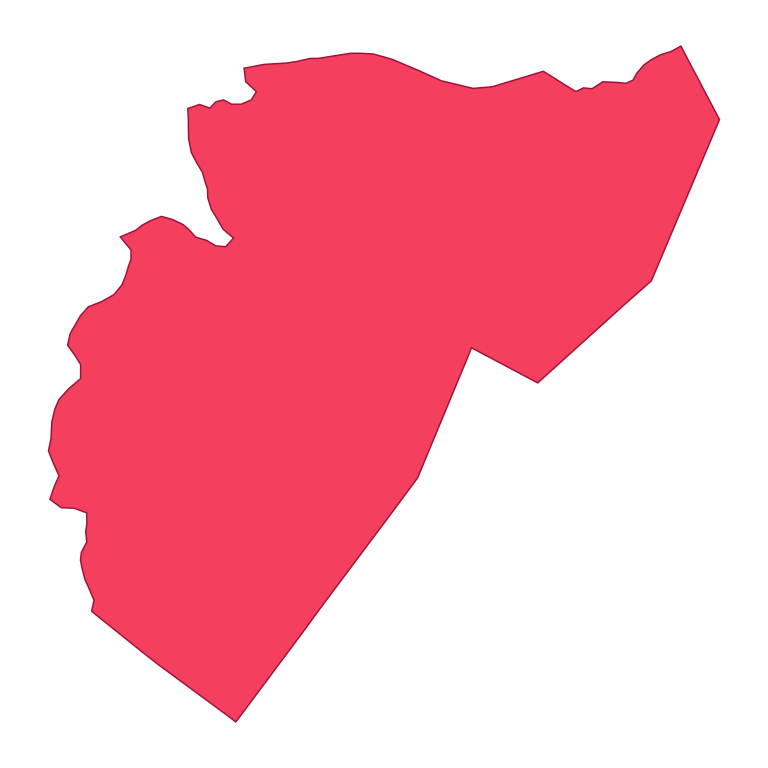 Caraúbas do Piauí, Piauí, Brazil (Albers equal-area conic projection)
{"feature_id": "56859067B66346161211565", "entity_name": "Caraúbas do Piauí", "entity_type": "district", "adm_level": 2, "iso_a3": "BRA", "parent_name": "Brazil", "parent_adm1": "Piauí", "projection": "albers", "projection_center": [-41.857, -3.587], "detail": "fine", "context": "isolated", "style": "filled", "palette": "rose", "viewbox_px": 768, "rotation_deg": 0, "n_neighbors": 0, "source": "geoboundaries", "source_scale": "gbopen_adm2", "svg_char_len": 1495}
<svg xmlns="http://www.w3.org/2000/svg" viewBox="0 0 768 768"><path d="M543.4,71.3L492.1,86.8L473.1,88.4L441.3,80.8L420.4,71.3L392.3,59.4L373.4,54.0L360.8,53.3L350.5,53.3L318.2,58.4L310.3,58.4L297.4,61.4L286.0,63.1L264.3,64.4L244.1,68.2L245.7,81.7L256.3,91.6L251.3,99.9L241.3,104.2L231.5,104.2L223.6,99.9L216.1,101.7L209.8,108.1L199.5,104.5L187.8,108.5L188.4,119.9L188.4,127.4L188.6,138.5L191.4,152.7L196.4,162.2L202.3,172.1L205.2,182.1L207.5,189.0L207.8,197.8L211.3,209.2L216.9,218.4L223.2,229.3L233.5,238.1L225.6,246.7L215.8,245.9L206.7,240.4L195.7,237.2L188.6,229.3L183.1,224.6L172.5,219.5L161.4,216.4L150.4,220.7L142.5,225.0L135.8,230.2L120.3,236.9L125.0,242.7L131.0,249.9L131.0,259.3L128.5,266.1L125.9,275.2L121.9,285.0L114.0,294.6L101.4,301.7L88.5,306.7L80.6,315.5L74.3,326.4L70.3,333.2L67.6,345.1L75.1,355.7L80.6,364.4L80.6,378.6L68.8,388.6L59.0,399.5L54.8,409.1L51.8,422.2L51.0,438.6L48.5,450.9L53.3,463.1L59.0,475.7L54.2,486.8L49.9,499.4L61.3,507.7L73.9,508.2L86.8,512.9L86.9,523.6L85.7,531.6L86.8,541.9L81.4,552.3L80.5,560.3L82.2,568.7L85.0,579.6L89.7,590.0L94.0,600.2L91.6,611.3L142.1,651.9L157.7,664.2L225.2,713.9L235.8,721.9L241.3,714.7L304.9,629.4L324.2,603.0L394.3,509.4L417.6,477.9L466.0,361.4L471.5,347.8L537.7,382.9L626.0,303.2L651.4,280.8L719.5,119.6L680.9,46.1L671.4,51.3L660.5,54.8L651.4,59.6L644.2,64.7L636.7,73.3L633.1,80.1L625.8,83.3L616.7,82.4L602.9,81.8L592.1,88.7L583.5,87.9L576.0,91.6L567.4,86.4L543.4,71.3Z" fill="#f43f5e" stroke="#9f1239" stroke-width="1.5"/></svg>